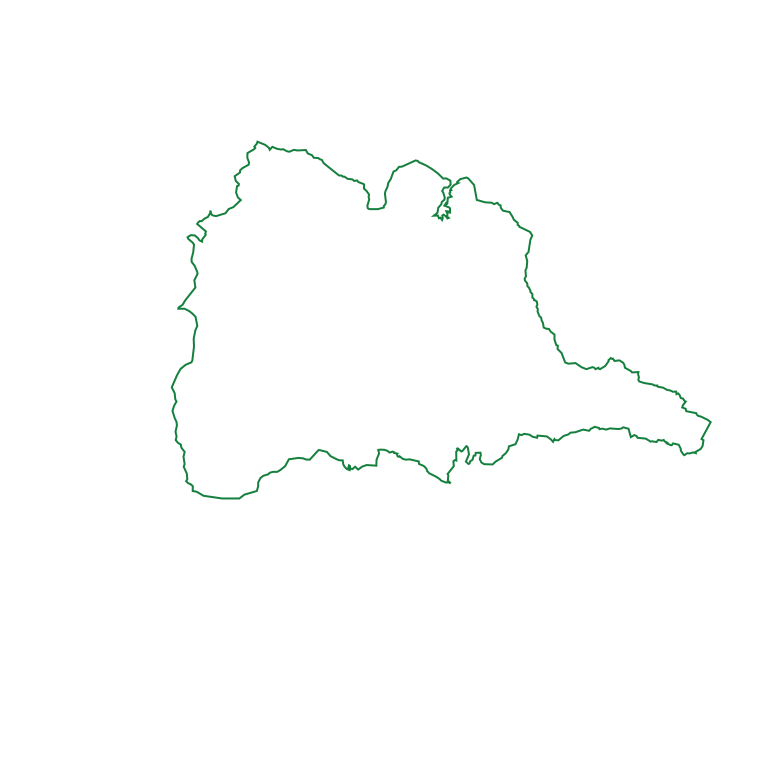 Pades, Gorj, Romania, rotated 317°
{"feature_id": "2599482B12814420584104", "entity_name": "Pades", "entity_type": "district", "adm_level": 2, "iso_a3": "ROU", "parent_name": "Romania", "parent_adm1": "Gorj", "projection": "orthographic", "projection_center": [22.765, 45.13], "detail": "fine", "context": "isolated", "style": "outline", "palette": "green", "viewbox_px": 768, "rotation_deg": 317, "n_neighbors": 0, "source": "geoboundaries", "source_scale": "gbopen_adm2", "svg_char_len": 6166}
<svg xmlns="http://www.w3.org/2000/svg" viewBox="0 0 768 768"><g transform="rotate(317 384 384)"><path d="M596.9,634.7L596.3,631.1L593.7,624.2L592.1,621.7L591.9,619.6L592.5,618.3L586.5,610.0L587.7,607.8L586.1,604.5L588.2,603.4L592.7,602.6L592.2,601.5L592.7,598.6L591.5,596.7L592.7,593.5L592.7,591.5L591.0,590.9L592.5,588.8L590.0,586.7L589.0,584.1L586.9,581.1L585.6,577.0L582.7,573.2L582.3,572.0L582.8,571.5L580.7,569.4L580.2,567.5L575.0,560.8L572.4,556.2L572.9,554.3L574.9,553.1L576.6,550.0L578.2,548.8L573.3,544.7L573.4,543.0L571.3,536.4L572.8,534.1L573.4,531.6L572.3,527.3L568.3,524.3L568.7,521.6L568.0,521.3L567.6,519.7L564.4,519.7L563.9,520.5L558.2,521.7L552.1,520.5L551.5,519.1L551.9,518.4L548.8,517.4L548.9,515.5L547.9,513.8L542.2,511.2L540.0,506.6L538.3,499.3L532.6,494.8L531.2,491.7L535.0,482.5L534.8,476.8L537.3,474.5L536.5,473.2L538.9,467.9L542.4,464.1L541.6,459.3L542.2,456.2L540.4,454.3L539.3,451.6L541.9,447.8L542.5,445.3L544.2,442.6L543.9,440.5L545.7,435.8L547.6,434.1L548.2,431.4L550.1,430.7L551.9,428.2L551.7,426.0L550.9,425.1L551.7,423.7L551.4,422.1L553.9,419.4L553.8,416.6L554.7,415.7L555.7,412.3L555.6,410.4L557.4,408.0L557.7,404.4L558.6,403.0L561.3,402.0L564.8,397.5L567.6,396.3L572.6,391.8L575.4,386.5L579.7,386.0L589.5,378.3L593.7,376.5L594.5,372.4L590.2,361.3L590.7,360.5L590.3,358.8L591.7,357.3L591.0,352.3L591.9,350.0L593.1,343.9L589.2,338.4L589.6,334.7L591.1,332.9L590.3,331.4L590.5,328.8L587.1,327.5L586.5,325.0L581.8,320.0L577.4,312.7L585.6,299.9L585.8,290.9L585.1,289.2L579.5,286.2L575.1,286.2L574.6,286.7L575.2,287.6L571.0,286.3L567.1,286.5L565.3,287.0L565.4,288.1L564.1,287.7L563.0,289.2L562.0,289.1L561.4,290.1L561.2,293.1L557.7,291.3L553.3,295.3L552.7,295.2L553.1,294.4L554.2,293.7L549.8,294.7L552.1,299.4L552.0,300.6L549.2,303.7L548.5,302.8L548.8,301.8L547.4,300.1L546.3,303.0L544.3,304.8L544.6,306.7L543.3,306.2L543.6,303.2L543.0,300.7L541.5,300.6L540.2,302.7L538.3,303.6L538.7,300.9L537.2,300.3L538.3,297.5L535.2,294.9L539.9,295.2L543.9,292.1L548.6,291.6L550.4,290.3L554.0,290.4L555.5,289.2L557.8,284.6L558.2,282.5L562.0,281.4L564.7,283.9L568.7,283.6L571.2,280.6L569.8,276.1L567.4,274.2L567.0,266.5L565.7,259.5L563.9,253.0L560.8,245.7L560.8,243.8L559.5,242.0L545.4,237.3L543.0,235.4L538.7,236.1L535.9,235.1L528.5,238.8L524.4,239.8L521.0,242.2L516.7,243.9L514.5,245.4L509.5,252.3L507.5,253.5L505.3,253.7L504.2,254.8L498.9,252.0L492.5,246.1L492.0,244.4L493.4,242.3L499.1,238.9L500.3,236.7L502.3,235.2L502.9,230.7L502.6,227.4L505.5,224.6L505.4,223.7L503.0,218.9L503.1,216.7L500.7,215.2L500.4,212.8L497.3,209.1L496.5,205.4L495.3,204.3L495.2,202.8L493.3,200.7L490.5,181.4L491.4,177.6L490.3,175.8L490.1,174.0L486.9,170.6L487.4,167.7L485.5,163.4L486.4,159.6L479.9,154.1L477.8,151.3L473.2,149.6L471.7,147.5L470.4,143.5L468.6,142.3L466.2,139.1L464.1,134.4L460.2,134.8L460.9,132.7L460.2,128.1L456.7,120.5L455.1,121.5L451.0,122.0L450.9,123.5L449.2,123.7L441.6,122.0L438.3,125.4L436.4,129.9L434.6,131.3L427.7,129.6L424.5,129.6L422.9,131.1L416.5,130.2L414.1,134.4L414.3,138.8L413.0,139.7L411.4,139.1L406.4,143.1L404.4,147.9L404.7,151.8L394.4,151.9L389.8,150.1L384.5,151.0L375.7,146.7L373.7,143.9L373.4,142.3L375.3,138.7L373.4,140.5L369.1,141.7L365.3,140.6L361.7,140.6L360.5,139.2L358.1,139.1L356.5,139.5L357.8,151.0L355.7,152.2L355.4,153.3L349.6,154.3L348.1,155.8L347.0,153.2L347.4,150.2L346.9,146.2L344.1,143.3L340.4,142.7L339.8,144.5L340.5,150.0L340.1,152.5L334.4,157.5L328.7,161.1L326.6,163.5L326.1,168.5L323.8,174.8L322.7,176.3L316.0,178.8L311.9,184.8L295.4,187.3L290.8,188.7L285.9,188.0L284.9,188.7L289.5,193.0L291.3,197.9L291.9,202.0L292.0,206.3L287.1,214.2L282.6,216.1L275.7,221.1L270.5,227.1L259.7,236.2L257.9,236.8L252.1,234.7L245.5,234.2L238.4,236.5L226.5,241.7L224.6,248.0L220.9,252.9L220.3,255.3L215.5,256.8L210.9,259.5L207.7,266.2L206.4,270.2L204.3,273.1L199.0,276.7L196.5,280.9L193.4,283.0L193.2,286.4L194.1,289.7L192.4,292.3L191.9,297.7L187.7,300.5L183.6,306.6L181.1,307.9L178.7,315.0L175.2,319.5L173.0,320.1L173.1,323.1L174.2,325.0L174.5,328.3L171.1,331.8L173.5,335.0L175.8,342.7L187.6,357.4L200.2,369.1L206.4,369.7L218.0,375.5L222.3,373.0L224.7,370.3L229.4,368.5L233.1,368.8L237.8,371.1L239.9,371.0L242.7,372.4L246.1,375.5L249.5,376.2L255.6,376.7L263.1,374.2L271.0,379.7L274.1,383.2L275.6,386.2L278.1,388.7L291.0,387.7L291.8,388.4L295.9,394.7L295.7,400.3L298.1,406.9L299.3,409.3L301.7,411.7L299.4,415.0L298.8,417.5L298.8,420.7L300.5,424.5L300.1,423.0L300.5,421.1L302.9,419.6L303.2,420.7L301.6,422.6L302.9,424.7L306.5,424.8L306.7,428.9L311.8,429.6L316.0,431.4L322.7,438.5L326.9,434.3L332.9,431.5L334.9,428.3L336.9,429.8L339.4,432.4L340.8,435.0L341.4,438.0L344.3,439.4L344.9,440.9L344.4,441.3L346.2,443.9L345.6,443.9L344.6,446.3L345.5,447.6L346.1,447.5L346.7,451.6L348.4,454.3L351.3,456.5L356.6,464.3L355.1,466.4L357.2,471.1L357.3,474.7L356.2,477.1L356.2,480.2L359.0,487.6L359.9,491.6L359.9,493.7L362.1,498.3L364.1,499.9L364.6,501.3L365.0,501.3L365.0,499.5L364.6,498.4L368.8,494.6L369.1,493.2L379.0,491.7L382.1,487.8L384.0,488.0L384.7,489.3L390.7,482.7L392.6,482.6L393.4,481.1L394.1,481.5L394.5,486.0L395.4,486.5L401.8,485.6L402.2,486.5L401.7,488.0L398.2,493.4L391.0,496.6L391.2,500.0L392.3,500.5L394.3,499.3L397.0,499.8L400.7,497.6L402.1,498.6L404.1,496.9L407.7,500.0L406.4,502.0L402.8,504.2L401.7,507.8L402.6,511.0L408.6,516.9L412.8,516.9L420.0,518.4L421.7,517.4L425.9,517.7L430.2,516.7L432.9,514.8L439.1,517.7L443.4,516.0L448.5,512.8L449.6,515.1L452.6,516.1L455.9,520.4L456.7,524.0L459.3,527.7L461.1,526.4L467.4,533.5L468.3,538.6L468.2,541.6L471.1,540.5L471.0,541.8L473.1,544.1L480.0,544.5L484.4,546.6L487.3,546.8L490.9,549.7L498.6,553.2L502.1,558.1L504.6,557.8L509.0,559.1L511.3,562.9L510.8,563.9L513.5,565.8L515.3,568.8L519.0,570.6L524.8,576.9L527.3,578.5L529.4,578.8L532.3,583.5L528.3,591.2L532.3,592.1L533.2,594.4L532.7,596.2L538.2,602.5L539.7,608.0L541.0,608.7L543.7,612.3L546.5,611.9L548.5,614.8L550.4,615.7L550.1,617.4L551.2,620.1L550.3,620.3L552.0,624.3L552.6,625.0L554.9,624.6L558.1,629.4L556.9,633.7L555.6,635.2L554.9,639.8L555.1,640.9L558.5,641.4L560.0,643.1L563.2,644.7L564.9,647.1L565.3,646.1L571.4,647.5L574.9,646.5L579.3,643.0L578.7,640.8L596.9,634.7Z" fill="none" stroke="#15803d" stroke-width="2"/></g></svg>